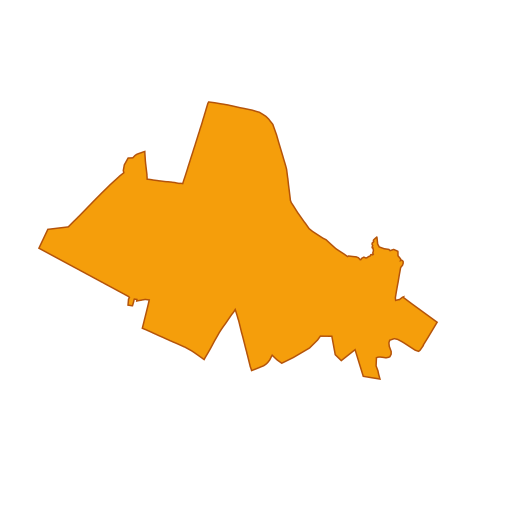 As Sab'in, Amanat Al Asimah, Yemen, rotated 213°
{"feature_id": "15242507B25672196618476", "entity_name": "As Sab'in", "entity_type": "district", "adm_level": 2, "iso_a3": "YEM", "parent_name": "Yemen", "parent_adm1": "Amanat Al Asimah", "projection": "equal_earth", "projection_center": [44.204, 15.306], "detail": "fine", "context": "isolated", "style": "filled", "palette": "amber", "viewbox_px": 512, "rotation_deg": 213, "n_neighbors": 0, "source": "geoboundaries", "source_scale": "gbopen_adm2", "svg_char_len": 6089}
<svg xmlns="http://www.w3.org/2000/svg" viewBox="0 0 512 512"><g transform="rotate(213 256 256)"><path d="M278.0,138.9L273.9,139.6L272.6,139.8L268.0,140.5L267.1,140.6L266.5,140.8L265.6,140.9L262.7,141.1L258.5,141.4L257.7,141.4L257.3,141.4L256.9,141.4L255.8,141.4L253.0,141.3L252.5,141.3L243.1,140.9L243.3,143.2L243.5,148.1L243.6,150.0L243.8,153.5L244.1,157.3L244.2,158.3L244.6,162.9L244.6,163.3L244.9,168.9L245.1,172.0L245.1,175.5L245.1,176.1L245.0,179.3L244.8,182.6L244.7,186.8L244.7,187.4L244.7,187.7L244.6,190.5L244.6,191.4L244.5,194.1L244.4,194.6L244.2,197.7L244.3,199.8L243.9,199.5L239.7,196.0L238.5,195.0L236.8,193.5L235.4,192.4L232.5,189.7L231.9,189.1L230.8,188.1L226.6,184.1L225.9,183.5L223.1,181.0L221.8,179.8L216.7,175.1L216.1,174.5L213.9,172.5L213.7,172.3L211.0,169.9L210.7,169.5L209.1,168.1L201.3,160.8L200.7,160.2L199.9,159.6L198.7,158.7L197.3,157.5L197.0,157.9L194.6,161.2L193.0,163.5L192.5,164.2L191.6,165.6L191.0,166.4L189.8,168.1L188.8,170.5L188.4,171.8L188.3,172.5L188.1,173.4L188.1,173.8L188.0,174.6L188.0,175.3L187.9,176.1L187.9,176.4L188.3,180.1L188.4,181.6L187.4,181.4L184.9,180.9L181.4,180.3L180.9,180.3L176.0,180.1L169.4,191.2L161.0,208.0L158.6,219.1L158.4,223.8L148.7,230.0L148.4,229.7L135.8,216.4L127.5,214.7L121.9,231.4L115.1,225.7L100.5,213.5L85.0,220.3L87.8,222.8L88.6,223.5L90.4,225.3L91.2,226.1L95.4,229.2L99.6,236.3L98.5,237.7L97.0,238.8L94.2,240.2L91.5,241.4L89.6,243.3L88.9,244.4L89.0,245.7L89.2,247.3L90.6,249.5L95.0,252.8L97.3,255.6L98.0,258.2L95.0,262.0L91.8,263.2L87.4,263.6L84.2,263.7L79.8,263.7L71.2,263.7L67.7,264.6L67.1,266.3L66.9,272.1L67.2,272.4L67.4,281.6L68.0,298.5L68.0,299.1L79.2,299.7L99.8,300.8L109.7,301.5L109.9,301.5L110.0,302.1L110.7,301.2L112.0,297.5L112.6,297.1L114.7,294.8L116.4,296.9L118.9,302.6L121.3,308.3L122.6,311.5L125.7,318.6L128.4,325.1L128.1,328.2L128.7,330.2L129.6,331.5L130.7,331.9L131.7,331.7L132.3,330.8L132.5,331.4L132.8,332.1L134.3,332.7L137.0,333.5L138.1,335.1L139.3,336.9L139.7,337.2L144.1,336.5L146.5,333.5L148.1,333.9L152.5,331.9L157.6,330.7L160.5,332.3L161.2,333.2L164.3,337.0L164.5,337.3L165.0,337.6L165.6,335.8L165.6,335.4L165.8,335.0L166.1,333.5L166.1,333.3L165.8,332.6L165.2,332.3L165.1,331.7L165.6,330.3L165.3,329.5L165.2,329.2L164.8,328.9L164.6,328.7L164.1,328.5L163.9,328.4L163.7,328.1L163.5,326.8L163.3,326.5L163.0,326.2L162.7,326.1L162.2,326.4L162.0,326.1L160.6,324.7L160.1,323.6L159.7,322.1L159.4,321.8L158.9,321.6L158.6,321.5L158.6,321.0L158.8,320.6L159.2,320.3L160.1,320.0L160.4,319.6L160.3,318.2L160.5,317.8L161.3,316.8L161.5,316.4L161.7,315.5L162.2,314.8L162.6,314.3L162.9,314.1L164.9,313.8L165.3,313.1L165.4,312.8L166.0,311.8L166.1,311.6L166.1,311.1L166.1,310.3L166.1,310.0L166.6,309.6L167.5,309.9L169.2,310.3L170.7,310.0L171.4,309.9L174.5,308.3L178.4,306.4L178.7,305.8L178.9,305.4L181.2,305.5L182.9,305.6L184.7,305.6L190.8,305.6L191.5,305.6L193.6,305.7L194.0,305.8L194.7,305.9L200.4,306.8L206.0,307.8L207.1,307.7L208.6,307.5L208.8,307.5L209.7,307.4L212.6,307.4L217.3,307.4L220.5,307.4L221.9,307.4L222.9,307.5L225.8,307.8L226.2,307.8L229.7,309.2L232.4,310.3L234.0,310.8L243.2,314.5L243.8,314.7L245.0,315.2L245.4,315.4L249.1,317.1L251.9,318.4L255.6,320.0L256.7,320.9L257.5,321.4L258.6,322.8L264.2,329.5L267.6,333.5L268.0,334.0L271.6,338.4L272.0,338.8L277.0,344.7L277.4,345.1L277.5,345.3L279.9,347.5L281.4,348.8L286.6,353.2L287.6,354.1L288.9,355.2L290.2,356.3L293.5,359.1L298.8,363.6L300.3,364.9L304.9,368.9L305.7,369.5L312.5,374.7L313.5,375.5L314.9,376.0L317.7,376.9L319.8,377.7L322.2,378.2L323.9,378.5L324.3,378.5L325.7,378.5L327.5,378.5L330.6,378.4L331.4,378.4L334.2,377.5L336.0,377.0L337.4,376.6L338.5,376.3L339.3,376.0L339.8,375.8L341.8,375.0L343.4,374.4L344.1,374.1L346.5,373.2L348.4,372.4L350.3,371.6L350.9,371.4L357.5,369.0L359.8,368.1L361.8,367.4L363.8,366.5L366.2,365.5L367.9,364.7L369.5,364.0L372.8,362.6L374.4,361.9L379.6,359.4L379.5,357.8L378.4,354.0L377.7,351.6L376.9,349.0L376.1,346.1L375.9,345.7L374.7,341.3L374.1,339.5L373.0,335.6L371.9,331.4L371.2,329.2L371.0,328.2L370.2,325.4L367.7,316.4L367.6,316.2L366.5,311.9L365.6,308.8L365.1,306.9L363.6,301.3L363.4,300.7L361.5,293.7L360.9,291.7L359.2,285.5L358.3,282.1L358.1,281.2L357.1,277.6L356.9,276.8L357.2,276.7L358.9,275.8L360.2,274.9L362.6,273.9L364.1,273.4L366.4,272.2L367.7,271.7L367.9,271.5L369.6,270.7L371.0,269.9L371.6,269.5L373.2,268.7L374.9,267.9L377.4,266.7L377.7,266.5L378.5,266.1L379.5,265.7L383.4,263.8L385.4,263.0L387.5,262.0L389.1,261.1L390.6,263.2L391.1,263.8L391.5,264.4L391.8,264.9L392.0,265.1L395.5,269.3L398.9,273.4L399.1,273.6L400.0,274.8L400.4,275.2L401.1,276.2L405.3,281.8L406.2,283.1L407.8,281.1L408.6,280.0L409.5,278.9L409.8,278.5L411.0,276.9L411.3,276.5L411.8,275.4L412.2,274.3L412.8,271.2L416.6,268.5L416.1,260.9L416.0,260.5L415.5,259.4L414.6,257.2L413.8,255.3L412.4,254.1L412.2,253.8L413.2,250.9L413.8,249.1L414.0,248.4L414.1,247.9L414.4,246.6L414.6,246.1L414.7,245.5L416.8,237.6L417.2,236.1L417.5,234.6L419.7,224.8L421.2,217.6L422.0,213.7L423.6,205.6L424.3,201.9L426.1,192.9L426.4,191.7L426.7,190.1L427.6,186.2L429.3,178.2L429.6,177.9L436.2,172.4L444.2,165.7L445.1,165.0L442.3,144.3L340.9,152.6L340.1,152.4L339.6,152.3L339.4,150.8L339.4,150.6L339.4,150.3L339.2,150.0L336.6,145.1L335.4,145.6L335.1,145.8L333.6,146.4L332.5,147.0L333.0,148.7L333.5,150.2L333.6,150.7L333.7,151.0L334.5,153.0L334.6,153.6L334.1,153.8L333.6,154.0L333.3,154.2L332.2,154.7L331.5,153.3L330.0,154.8L329.1,155.6L327.8,156.8L327.4,157.3L327.0,157.6L325.2,159.3L324.9,159.4L324.7,159.5L323.9,159.9L321.6,161.0L319.6,155.5L318.1,151.2L317.7,150.0L317.6,149.8L316.2,145.7L315.4,143.4L315.1,142.5L314.7,141.3L314.6,141.1L313.5,137.9L312.0,133.5L310.4,133.8L310.0,133.8L307.9,134.3L307.7,134.3L307.0,134.4L305.6,134.6L304.5,134.8L303.1,135.0L302.4,135.1L301.3,135.3L300.8,135.3L300.1,135.4L299.2,135.6L298.8,135.6L298.2,135.7L297.9,135.8L295.5,136.1L294.2,136.3L292.3,136.6L292.0,136.7L291.0,136.8L290.8,136.9L289.5,137.1L287.3,137.4L287.0,137.5L286.5,137.5L284.7,137.8L284.2,137.9L283.4,138.0L281.8,138.2L281.3,138.3L281.0,138.4L280.5,138.5L279.6,138.6L278.2,138.8L278.0,138.9Z" fill="#f59e0b" stroke="#b45309" stroke-width="1.5"/></g></svg>